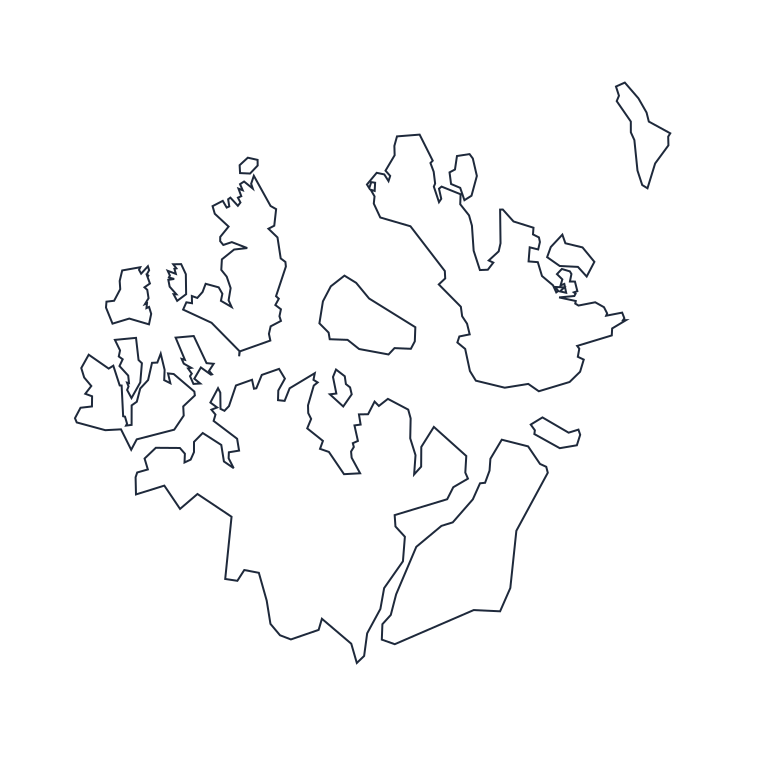 outline of Karlsøy nor, Troms, Norway, rotated 354°
{"feature_id": "86288312B39619690303479", "entity_name": "Karlsøy nor", "entity_type": "district", "adm_level": 2, "iso_a3": "NOR", "parent_name": "Norway", "parent_adm1": "Troms", "projection": "mercator", "projection_center": [19.425, 70.066], "detail": "fine", "context": "isolated", "style": "outline", "palette": "slate", "viewbox_px": 768, "rotation_deg": 354, "n_neighbors": 0, "source": "geoboundaries", "source_scale": "gbopen_adm2", "svg_char_len": 6159}
<svg xmlns="http://www.w3.org/2000/svg" viewBox="0 0 768 768"><g transform="rotate(354 384 384)"><path d="M327.8,658.6L335.8,652.4L341.2,630.2L356.9,607.3L362.8,587.0L384.3,562.3L388.8,538.1L380.5,526.9L380.9,515.5L434.8,505.2L442.1,493.9L457.6,486.9L455.6,480.6L458.3,464.2L429.1,431.9L414.5,450.5L412.3,470.1L404.5,477.1L407.9,458.1L404.4,440.8L406.9,421.0L405.4,412.0L386.3,399.2L376.6,405.3L372.8,400.5L365.0,412.4L355.9,411.6L356.5,421.9L350.3,422.1L352.1,437.9L346.8,439.6L347.4,443.5L344.2,447.7L344.1,453.9L350.9,470.3L334.8,469.5L322.1,445.8L313.6,441.8L317.3,434.2L303.0,420.1L307.9,411.1L305.6,405.0L306.2,397.3L314.0,378.2L318.2,375.5L314.3,372.5L316.3,366.0L289.7,378.4L283.4,390.4L276.9,389.0L278.2,379.4L286.0,368.3L281.2,358.0L263.4,362.2L256.6,374.9L254.2,375.1L253.2,366.0L236.6,370.0L227.5,389.8L222.5,394.0L218.8,391.6L220.3,375.5L218.5,370.8L209.4,384.3L215.6,389.9L209.7,391.5L213.2,396.8L210.7,402.9L232.2,423.1L232.9,435.1L222.6,435.7L221.7,441.6L225.7,452.0L216.7,444.3L215.8,427.6L198.6,413.8L189.0,421.7L187.9,431.9L183.8,439.0L177.4,441.2L178.7,432.5L174.3,426.3L150.4,423.6L138.1,433.1L140.2,444.3L129.3,446.2L127.2,450.8L125.8,467.9L154.9,462.1L168.1,486.9L187.0,473.9L218.5,500.1L205.7,561.3L217.6,564.4L225.6,554.4L239.8,558.7L244.7,587.2L246.0,610.7L254.3,623.0L264.7,628.3L293.3,621.7L297.7,611.0L324.3,638.9L327.8,658.6ZM445.5,139.7L422.8,139.1L419.2,148.3L418.5,157.6L407.8,172.0L411.9,177.7L409.7,182.7L406.2,175.6L398.8,173.2L387.9,183.8L389.8,187.7L392.4,181.9L396.2,182.9L394.9,191.0L391.1,189.4L394.2,196.4L392.7,203.5L397.7,218.0L426.8,229.9L456.3,278.0L455.9,285.4L448.9,290.7L468.5,315.2L468.8,324.8L472.9,332.7L474.4,343.6L463.9,344.6L461.3,350.4L468.4,357.6L470.8,380.1L475.7,390.3L503.7,400.3L527.5,399.0L537.2,407.4L568.8,401.4L580.3,392.3L585.2,380.6L579.6,377.2L581.9,369.3L580.1,366.3L615.6,359.5L616.7,352.6L631.4,345.8L628.4,345.5L629.9,343.7L628.3,337.9L612.1,339.3L613.3,337.1L610.8,330.6L602.6,324.8L585.6,326.3L582.6,324.0L583.4,321.5L567.2,316.2L582.5,316.4L584.0,314.2L582.4,312.7L586.0,311.9L584.6,302.1L579.6,301.5L581.9,294.2L580.6,291.4L572.9,288.2L567.5,292.8L572.3,298.6L569.9,304.4L573.8,303.3L574.7,312.3L568.7,310.3L573.4,306.8L564.5,305.4L567.0,309.7L564.9,310.9L562.4,303.5L552.4,293.1L549.7,278.9L540.6,277.2L543.2,263.3L551.4,266.3L553.9,259.1L553.4,254.4L547.8,250.8L549.0,244.2L529.8,235.9L520.4,222.9L517.7,222.7L514.6,256.2L511.9,264.1L501.1,272.1L505.4,274.7L499.2,281.2L491.3,280.7L487.1,260.8L488.0,235.7L486.2,225.2L478.6,213.2L480.0,203.3L461.9,193.7L459.1,195.5L460.3,205.8L457.7,208.9L454.2,192.9L455.8,190.0L455.6,178.1L453.3,169.1L455.8,167.0L445.5,139.7ZM520.8,461.1L495.3,451.7L482.0,469.5L479.9,481.2L474.2,492.8L469.1,492.8L460.3,508.0L437.9,528.8L426.3,531.1L399.1,549.3L374.1,594.4L366.6,614.4L357.3,622.7L355.1,638.0L367.5,643.9L449.6,618.2L475.7,622.2L488.3,600.1L500.3,543.8L537.6,489.4L536.7,483.3L530.8,479.8L520.8,461.1ZM289.8,195.1L276.3,163.3L272.8,171.0L273.9,175.9L266.0,168.0L261.7,170.2L263.7,176.5L259.7,174.5L261.7,182.3L258.2,183.4L260.2,188.5L257.3,191.5L250.7,182.6L248.3,184.0L248.7,191.2L246.0,192.1L242.8,185.0L232.1,189.2L233.5,197.0L245.9,211.2L236.5,220.6L236.0,224.8L238.7,228.9L247.5,227.0L262.2,234.5L249.0,234.6L235.8,243.1L234.1,253.5L238.8,260.8L241.5,272.6L238.2,284.5L240.5,291.5L230.5,284.2L232.7,277.4L229.7,270.6L217.1,265.7L213.2,273.5L207.3,278.9L202.1,276.4L201.5,283.6L196.0,282.1L192.0,289.0L218.9,305.1L243.7,336.2L242.8,341.3L244.0,336.5L275.5,328.9L274.8,322.1L277.3,314.8L288.1,310.5L287.1,305.7L289.3,298.9L284.2,294.1L288.3,288.2L285.8,285.4L298.7,256.9L298.7,252.3L294.4,248.3L293.4,227.1L285.3,217.5L291.4,215.1L295.0,198.8L289.8,195.1ZM125.7,423.0L132.3,413.2L170.6,407.5L181.5,394.5L182.0,385.3L194.7,375.6L194.6,371.7L175.9,352.1L170.3,350.9L171.6,360.9L165.8,357.2L167.3,347.0L165.1,330.5L160.8,339.0L155.5,338.7L149.8,355.4L141.1,363.0L136.3,375.8L130.8,378.9L128.7,398.3L123.1,398.4L124.3,396.6L123.0,389.4L121.2,388.8L122.9,358.1L121.0,357.8L116.7,337.5L111.8,339.9L93.4,324.0L84.6,336.5L86.5,346.2L92.7,355.4L85.9,362.5L92.4,365.7L91.2,375.8L79.7,375.9L73.1,385.7L74.4,390.1L102.0,400.8L117.7,401.6L125.7,423.0ZM366.9,280.5L356.0,272.1L341.3,281.3L331.9,295.4L326.1,316.9L334.3,327.1L334.7,333.8L352.4,336.3L362.9,346.6L391.6,355.1L398.2,349.4L414.4,351.8L419.1,344.8L421.1,330.8L378.1,297.4L366.9,280.5ZM655.0,109.4L645.8,112.4L647.8,121.9L645.0,127.0L656.9,148.8L655.8,159.5L658.5,167.6L658.4,198.2L661.6,213.1L666.5,216.9L676.7,193.0L691.8,176.4L692.5,167.7L694.9,164.6L674.8,150.7L673.5,141.5L666.9,126.5L655.0,109.4ZM152.3,244.9L153.8,242.4L135.5,243.7L131.9,253.9L131.6,262.1L124.3,273.0L116.6,273.1L115.5,278.9L120.3,295.6L137.5,292.3L156.5,300.1L159.8,289.9L158.4,282.8L155.7,283.7L156.7,279.0L154.6,279.6L158.8,274.1L158.4,265.6L155.9,262.8L161.7,259.6L159.6,251.1L161.6,252.2L159.6,250.1L162.3,246.3L161.5,242.2L154.0,248.9L152.3,244.9ZM579.1,263.0L577.0,254.1L564.2,265.2L559.5,274.9L571.1,285.0L589.1,287.8L596.8,298.3L606.0,284.5L595.7,268.9L579.1,263.0ZM142.2,312.2L121.0,312.0L125.0,323.0L123.1,328.9L126.7,332.1L122.8,338.5L130.5,348.9L130.5,356.5L128.6,355.8L129.7,359.7L127.9,363.1L131.4,371.6L141.8,356.9L145.4,338.0L142.4,334.5L142.2,312.2ZM199.8,316.4L181.6,316.1L188.5,339.1L185.4,337.9L187.0,342.8L194.0,347.8L190.7,348.0L193.9,353.6L191.9,355.9L194.5,364.0L201.3,364.3L195.9,358.9L203.6,348.4L212.8,356.6L214.0,356.4L211.4,352.6L216.7,346.1L209.7,344.7L199.8,316.4ZM538.1,433.8L525.7,439.7L529.2,445.8L528.3,449.5L552.1,466.2L569.4,465.1L573.8,455.0L572.6,449.7L562.5,451.7L538.1,433.8ZM493.1,164.3L480.4,164.9L477.0,178.1L471.3,180.4L471.6,192.1L480.3,196.9L483.2,209.6L490.7,205.9L498.1,186.8L495.9,169.0L493.1,164.3ZM194.8,243.6L186.9,242.9L189.6,247.3L187.6,247.5L188.5,252.7L180.7,248.8L182.4,253.7L181.2,255.6L186.3,257.6L180.4,257.9L181.0,264.8L186.9,273.1L184.1,272.7L187.0,279.7L196.6,274.0L198.4,254.1L194.8,243.6ZM350.8,390.9L349.9,383.8L346.1,380.1L345.8,372.2L337.8,364.6L334.0,371.7L335.6,388.5L329.1,388.6L341.1,402.1L350.8,390.9ZM272.8,160.7L281.2,153.5L281.7,147.9L272.2,144.7L263.3,151.3L262.9,159.2L272.8,160.7Z" fill="none" stroke="#1e293b" stroke-width="2"/></g></svg>